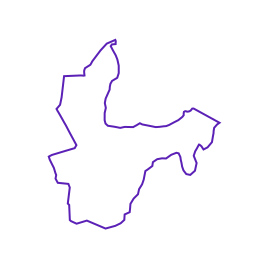 Uzo-Uwani, Enugu, Nigeria (Albers equal-area conic projection), rotated 159°
{"feature_id": "59680162B64770944232121", "entity_name": "Uzo-Uwani", "entity_type": "district", "adm_level": 2, "iso_a3": "NGA", "parent_name": "Nigeria", "parent_adm1": "Enugu", "projection": "albers", "projection_center": [7.09, 6.683], "detail": "fine", "context": "isolated", "style": "outline", "palette": "violet", "viewbox_px": 256, "rotation_deg": 159, "n_neighbors": 0, "source": "geoboundaries", "source_scale": "gbopen_adm2", "svg_char_len": 2015}
<svg xmlns="http://www.w3.org/2000/svg" viewBox="0 0 256 256"><g transform="rotate(159 128 128)"><path d="M174.9,41.2L169.0,41.7L166.9,42.5L164.4,43.5L163.3,45.9L162.8,47.0L162.1,48.5L156.6,48.8L155.1,51.7L152.9,56.3L148.0,60.1L142.4,62.6L139.6,66.9L135.0,70.4L131.9,74.1L127.2,81.6L124.5,82.2L118.9,83.8L117.0,87.2L112.5,88.3L111.8,88.4L107.1,87.5L103.4,85.9L97.2,87.5L95.3,87.5L91.7,87.5L89.8,86.2L89.5,82.2L90.2,79.1L90.5,76.6L91.3,72.5L91.4,68.5L90.1,64.1L86.7,61.9L80.8,64.1L79.9,65.5L76.5,70.7L76.6,78.5L73.6,82.2L71.8,83.6L71.2,84.1L70.7,84.5L69.9,85.2L69.8,85.3L67.7,87.1L67.2,86.8L66.0,84.7L65.2,80.9L60.7,81.4L54.7,84.7L51.5,90.1L50.0,92.5L49.3,94.2L47.5,97.3L43.5,99.4L40.7,100.1L59.8,122.7L61.1,123.1L63.3,121.8L65.0,121.6L66.5,121.9L67.3,122.3L68.0,123.0L68.8,123.2L70.0,123.0L70.8,121.7L71.4,120.0L73.2,118.9L78.2,117.3L83.0,116.8L88.5,116.1L91.7,116.1L94.1,116.8L98.2,117.8L101.8,118.9L107.8,122.7L112.9,125.9L113.5,126.3L115.2,128.2L119.1,127.5L122.9,127.0L130.7,130.2L135.2,130.9L139.5,133.6L141.2,134.6L146.0,137.3L147.4,140.2L147.0,143.7L145.8,146.8L144.3,150.6L144.1,150.8L141.5,154.7L140.7,159.6L138.3,163.5L131.4,170.4L130.1,173.2L128.4,175.8L127.9,176.1L126.0,177.7L120.1,178.7L117.0,182.5L114.3,189.6L113.4,195.6L113.4,200.1L114.3,206.3L114.5,208.2L114.8,210.6L113.1,211.8L109.5,210.8L108.3,213.5L108.3,214.8L117.6,214.4L126.0,210.2L137.4,203.1L139.6,201.2L140.5,200.5L146.6,199.3L147.7,198.1L148.5,197.0L149.1,195.3L149.8,192.6L150.8,192.8L152.0,193.4L153.3,194.0L169.1,199.3L179.0,180.4L183.1,174.0L187.9,171.4L187.7,170.0L187.7,169.5L187.4,168.0L187.3,167.3L187.2,166.8L187.2,166.7L186.7,163.6L185.6,156.0L185.1,153.0L184.1,144.4L182.3,130.5L185.0,128.3L193.8,129.0L208.6,130.1L208.8,130.1L212.2,129.7L212.4,126.5L212.0,122.1L211.5,117.3L211.9,112.1L211.9,109.8L213.8,106.7L213.2,102.0L203.7,97.2L203.7,93.3L211.3,79.0L210.9,78.3L210.7,77.9L210.5,77.2L215.3,62.9L214.6,61.5L210.3,57.1L205.1,56.7L199.6,56.3L185.0,42.2L174.9,41.2Z" fill="none" stroke="#5b21b6" stroke-width="2"/></g></svg>